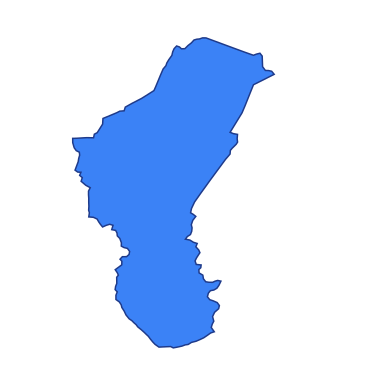 Paripiranga, Bahia, Brazil, rotated 166°
{"feature_id": "56859067B65778580643910", "entity_name": "Paripiranga", "entity_type": "district", "adm_level": 2, "iso_a3": "BRA", "parent_name": "Brazil", "parent_adm1": "Bahia", "projection": "mercator", "projection_center": [-37.888, -10.599], "detail": "fine", "context": "isolated", "style": "filled", "palette": "blue", "viewbox_px": 384, "rotation_deg": 166, "n_neighbors": 0, "source": "geoboundaries", "source_scale": "gbopen_adm2", "svg_char_len": 2618}
<svg xmlns="http://www.w3.org/2000/svg" viewBox="0 0 384 384"><g transform="rotate(166 192 192)"><path d="M261.6,49.5L253.0,47.8L250.1,47.2L247.9,45.3L244.9,45.1L242.3,45.0L239.0,44.9L235.6,45.3L232.6,45.0L228.9,46.2L224.2,46.2L219.9,46.9L215.9,47.7L211.8,49.2L208.0,50.7L204.2,51.0L206.1,55.9L204.3,58.9L202.1,61.4L202.2,66.1L199.2,69.8L194.4,72.3L192.9,75.2L194.3,78.6L197.8,81.3L200.8,83.2L202.4,86.6L200.6,89.9L198.0,91.8L194.5,91.6L191.1,92.6L188.4,95.0L185.5,98.5L188.5,100.0L191.2,99.9L193.8,99.4L197.4,100.3L200.4,101.6L201.9,105.0L201.6,108.7L204.7,111.8L204.1,115.1L201.8,116.4L200.8,119.0L205.4,120.7L205.7,124.4L203.6,126.9L201.3,129.1L199.0,131.2L199.5,134.1L201.5,137.9L199.4,140.8L202.8,142.9L205.7,145.9L209.8,147.8L207.3,149.9L203.8,151.1L201.8,153.9L200.6,157.2L200.6,160.4L198.1,164.3L194.2,167.4L196.2,170.0L198.4,172.2L196.4,176.2L191.9,181.7L183.8,188.7L176.8,194.6L172.1,198.6L151.4,215.7L149.1,217.3L145.9,219.6L144.7,223.1L142.5,224.7L140.1,226.1L137.6,227.6L135.7,229.4L135.3,232.7L133.9,236.9L137.7,238.6L140.6,240.7L124.3,256.7L119.7,262.8L111.7,273.9L106.4,281.2L83.8,286.3L85.5,289.9L88.3,291.3L91.4,292.2L93.2,296.5L91.0,306.9L92.5,310.2L96.2,310.2L99.3,309.8L106.4,314.5L111.6,318.0L141.1,338.1L144.5,339.0L147.7,338.7L150.4,339.1L153.3,339.0L156.6,336.8L160.4,335.1L164.2,332.8L167.6,333.5L169.1,335.8L171.6,337.4L174.7,335.4L176.8,332.7L178.5,329.4L182.4,326.1L185.2,323.3L186.7,320.9L190.2,318.4L193.8,313.7L201.8,302.9L204.4,299.6L213.7,296.5L218.3,295.0L228.9,292.5L236.2,290.5L238.2,287.2L242.5,287.9L246.0,287.1L260.6,284.9L262.3,279.5L269.6,272.5L272.8,271.7L274.4,268.4L281.0,270.2L291.2,272.1L294.8,272.9L295.8,268.7L295.6,263.4L294.3,260.1L291.7,257.9L292.1,254.9L293.8,252.0L295.1,248.9L300.2,241.5L298.1,239.0L295.0,238.0L297.0,235.3L295.0,232.5L297.0,229.2L293.4,224.2L289.7,220.8L292.2,217.9L293.1,214.3L293.7,210.9L294.7,207.0L295.5,203.1L296.7,199.3L296.6,196.7L298.2,192.8L293.8,191.3L290.6,188.7L289.7,185.5L288.6,182.6L287.2,179.7L283.3,180.4L279.7,180.6L276.7,178.8L279.0,174.9L275.4,173.2L274.7,170.4L275.1,167.5L273.3,164.4L272.8,159.8L273.7,156.6L271.4,154.5L268.3,152.9L266.9,149.4L268.2,146.6L271.1,145.1L275.2,146.1L278.1,144.2L276.8,141.8L277.8,138.3L282.4,136.4L285.3,135.2L284.0,131.7L283.6,129.1L285.7,127.5L286.4,124.5L287.1,121.5L289.0,118.8L290.2,115.9L288.7,113.2L290.8,110.2L291.8,106.1L289.1,102.9L288.0,99.7L288.0,96.9L286.6,92.8L285.8,88.7L283.7,84.2L281.4,81.6L280.0,79.2L278.3,76.8L277.3,74.3L274.8,71.0L272.4,67.5L270.8,64.9L269.3,62.6L267.8,59.0L266.3,55.9L264.7,53.1L261.6,49.5Z" fill="#3b82f6" stroke="#1e3a8a" stroke-width="1.5"/></g></svg>